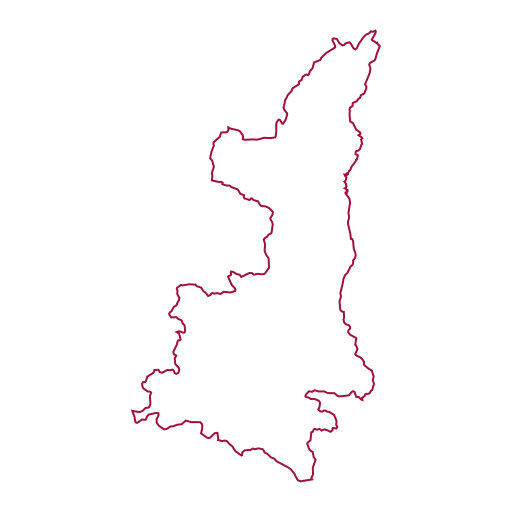 outline of Shaanxi
{"feature_id": "CHN-1804", "entity_name": "Shaanxi", "entity_type": "Province", "adm_level": 1, "iso_a3": "CHN", "parent_name": "China", "parent_adm1": "", "projection": "equal_earth", "projection_center": [108.8, 35.643], "detail": "fine", "context": "isolated", "style": "outline", "palette": "rose", "viewbox_px": 512, "rotation_deg": 0, "n_neighbors": 0, "source": "natural_earth", "source_scale": "10m", "svg_char_len": 6061}
<svg xmlns="http://www.w3.org/2000/svg" viewBox="0 0 512 512"><path d="M300.7,481.3L298.2,480.5L297.0,479.0L294.2,473.4L291.0,469.5L288.3,467.5L276.6,461.3L274.4,458.7L271.0,457.4L267.6,454.1L264.6,452.4L263.3,449.8L262.2,449.0L258.0,448.4L254.7,449.3L252.9,448.5L250.1,450.2L248.5,449.9L244.7,450.4L242.5,452.1L242.0,455.2L241.4,455.5L235.3,451.1L232.3,446.3L229.3,443.9L226.9,441.2L225.3,440.6L222.0,441.0L218.1,440.1L218.2,438.2L217.4,432.8L214.7,433.2L209.8,437.8L208.2,438.0L206.8,437.5L201.0,433.4L202.1,429.1L202.3,425.5L201.7,423.8L200.3,422.2L191.1,422.1L185.9,420.6L181.6,424.2L176.9,424.8L173.1,426.3L170.6,426.4L166.4,429.1L164.1,429.3L159.1,426.0L156.7,422.7L156.6,419.5L158.6,415.0L158.4,413.2L155.9,413.0L148.7,414.6L147.3,416.1L145.6,419.8L142.1,419.5L137.2,422.9L136.0,422.6L135.2,421.3L134.5,416.9L132.3,410.9L139.6,412.1L142.6,410.9L145.5,408.0L148.6,407.5L149.5,406.4L150.4,403.7L149.9,396.3L151.1,392.5L150.1,391.7L147.6,391.4L143.4,388.4L142.4,386.6L142.1,383.7L142.9,382.2L145.2,381.9L145.9,381.2L147.3,376.6L153.1,373.0L154.0,371.8L154.4,370.0L158.4,369.8L159.9,372.1L162.1,372.8L167.4,369.9L169.7,370.3L172.4,369.6L173.7,370.6L174.5,372.8L176.3,373.9L178.4,372.8L179.1,370.7L179.2,369.3L178.6,367.6L175.3,364.1L174.7,358.1L176.3,355.8L175.8,355.1L173.8,354.3L173.3,351.8L176.7,345.0L177.9,340.5L179.9,340.3L180.6,339.5L179.1,333.5L176.7,332.1L179.2,331.2L183.7,332.8L184.7,332.4L185.2,330.6L184.5,325.2L182.5,323.2L181.9,321.0L181.2,320.1L178.5,319.1L176.4,317.2L171.3,317.4L169.6,315.2L169.1,313.8L170.0,312.3L171.7,310.9L173.7,307.0L176.5,305.2L177.7,302.0L179.0,300.1L179.4,298.0L177.2,293.8L177.5,290.5L176.8,288.9L176.9,288.0L180.9,284.9L182.7,285.4L189.0,284.3L195.3,284.6L196.8,286.2L201.2,287.6L203.2,290.9L205.8,293.0L208.1,296.0L210.6,294.9L211.3,293.6L212.4,293.0L214.4,293.6L217.3,293.1L220.5,294.0L223.7,291.8L230.4,292.5L235.0,291.1L235.5,289.9L234.8,288.2L231.9,285.2L228.2,277.1L228.2,276.4L230.8,275.1L231.1,274.2L230.8,272.2L231.2,271.5L233.1,271.9L236.4,274.0L239.7,274.7L241.2,277.0L249.1,273.1L251.7,273.0L254.0,274.7L257.7,273.8L261.8,274.3L264.2,274.0L265.3,273.1L269.0,267.7L268.6,258.3L266.1,254.7L264.6,251.0L265.1,244.2L263.7,239.5L264.7,238.2L267.0,236.7L268.5,234.7L270.8,233.6L271.6,232.5L272.7,224.7L272.3,222.4L270.6,219.5L270.3,218.3L272.5,214.6L272.9,212.0L269.1,208.0L265.6,206.4L261.2,206.0L259.9,204.6L258.0,201.3L253.4,200.0L252.0,198.4L251.3,198.3L249.6,200.0L244.4,198.4L243.7,197.1L244.1,195.2L240.4,193.9L237.8,189.4L231.5,187.1L229.6,185.5L226.3,185.5L223.3,184.6L222.2,183.9L222.6,182.7L221.3,181.8L218.8,182.0L211.9,180.4L212.4,176.1L211.8,173.1L213.9,166.8L212.2,160.7L210.1,158.2L211.6,151.4L213.8,145.7L213.4,142.8L213.6,142.2L220.0,136.6L220.7,133.6L221.4,132.5L226.1,132.3L227.7,131.5L228.4,129.7L228.3,127.4L230.2,128.5L238.0,130.3L239.8,131.2L242.8,135.3L243.1,137.3L242.8,139.1L244.5,139.8L252.8,139.4L257.1,139.7L264.1,137.8L270.6,138.1L275.1,137.4L275.7,136.3L276.3,131.5L276.2,124.4L276.6,122.4L278.1,120.1L279.2,119.6L280.1,120.1L282.2,123.7L283.1,123.7L285.6,119.7L287.1,114.9L287.1,113.4L284.3,109.7L283.5,107.2L284.7,103.2L285.0,100.3L286.5,98.0L287.5,95.4L291.7,90.8L292.3,88.7L293.0,88.0L298.9,84.3L299.0,81.6L301.5,80.0L302.7,76.8L305.2,74.9L306.7,74.5L307.9,75.2L308.8,74.5L309.9,71.3L312.5,68.3L314.1,62.4L320.3,60.0L321.3,57.7L326.3,52.9L335.2,47.4L334.8,45.1L332.4,40.2L332.6,39.0L333.9,38.3L336.9,39.1L339.4,43.2L342.5,45.4L344.3,45.0L345.5,43.4L349.5,42.3L351.1,44.0L353.4,48.2L355.2,49.4L356.8,48.3L358.6,44.2L363.5,37.1L365.8,34.8L369.2,33.3L370.8,31.4L372.9,31.8L375.4,30.7L375.8,31.6L375.2,33.7L371.8,39.5L372.4,40.5L374.8,41.6L376.5,43.1L377.2,42.7L378.0,44.6L379.7,45.7L379.7,46.5L376.9,53.4L375.3,59.3L374.1,60.7L370.1,62.8L369.2,64.5L370.5,68.5L369.6,73.3L365.1,84.2L366.3,86.5L366.2,89.0L365.1,90.9L364.4,93.4L361.0,95.2L359.9,97.9L358.1,99.2L356.7,101.3L352.8,102.9L352.4,106.3L349.9,107.7L349.5,109.8L349.9,110.9L349.5,114.0L350.2,121.6L352.9,123.0L356.2,129.6L360.0,132.3L360.5,133.4L360.1,134.2L358.5,135.2L361.6,137.2L362.3,138.3L361.1,139.5L362.1,143.8L361.3,144.9L360.0,149.0L358.2,150.7L356.4,151.0L355.7,151.9L355.5,154.1L357.9,155.3L356.9,159.6L356.0,160.0L355.6,161.4L351.5,166.8L350.3,169.8L349.0,170.9L348.2,172.7L346.4,173.6L346.4,174.0L347.6,174.3L346.9,175.0L344.5,174.6L345.0,175.8L346.5,177.4L345.5,180.8L344.4,181.7L346.2,184.1L345.9,184.8L346.5,186.0L345.7,188.0L344.8,188.3L346.6,189.5L346.6,190.7L347.5,190.2L347.6,191.1L346.7,193.0L345.5,192.7L345.4,193.2L349.4,198.7L350.1,202.6L348.5,212.5L349.1,217.4L348.0,221.9L348.1,224.4L350.3,233.6L350.9,238.9L352.2,239.1L353.1,241.1L353.8,248.9L355.4,253.2L355.7,255.5L355.0,258.0L353.0,260.6L353.3,261.6L352.7,264.6L350.5,266.6L347.4,272.9L345.2,275.1L343.6,278.4L342.5,284.5L340.4,292.9L341.0,296.6L339.5,301.2L340.2,309.2L340.9,310.6L342.2,311.6L343.8,311.9L344.1,317.5L343.5,319.7L344.1,322.2L345.5,324.1L349.0,325.4L350.0,326.8L350.1,328.6L348.4,330.3L348.2,332.3L350.1,334.7L356.3,338.1L355.2,344.8L356.1,345.5L357.5,349.2L355.4,353.5L355.3,354.4L356.6,355.7L359.5,356.9L362.1,358.9L364.0,361.9L363.9,363.9L364.4,365.1L367.8,368.1L371.8,370.7L373.7,376.5L372.8,380.1L374.0,383.8L372.2,390.0L370.8,391.0L369.4,393.5L365.4,394.2L364.6,396.0L362.1,397.8L362.4,400.0L361.1,399.5L358.7,397.0L356.3,396.9L354.5,391.9L353.2,391.2L351.9,391.8L348.8,395.4L339.9,396.4L337.6,395.9L334.4,393.2L327.8,393.1L324.1,391.4L318.7,391.5L314.7,390.2L312.2,391.8L309.0,391.3L306.0,394.5L305.4,395.8L305.7,396.9L308.2,397.4L310.8,399.0L314.4,398.9L318.8,400.7L319.9,402.3L320.0,403.6L319.4,407.4L318.2,409.6L320.2,411.3L322.5,411.6L323.9,410.6L325.2,410.5L327.0,411.6L329.4,412.0L333.9,414.8L336.1,419.8L336.5,421.3L336.2,425.0L337.3,426.9L336.4,428.5L333.0,427.9L332.5,428.5L332.5,430.3L330.4,431.8L327.6,430.3L324.5,429.4L321.6,430.6L319.6,428.9L316.9,429.7L314.7,428.9L313.7,429.4L312.9,431.7L311.3,432.3L310.5,440.3L307.8,442.4L307.2,443.7L309.5,449.9L312.8,452.1L313.6,456.8L315.5,459.9L312.8,467.7L313.0,474.5L311.4,477.9L312.1,479.4L300.7,481.3Z" fill="none" stroke="#9f1239" stroke-width="2"/></svg>